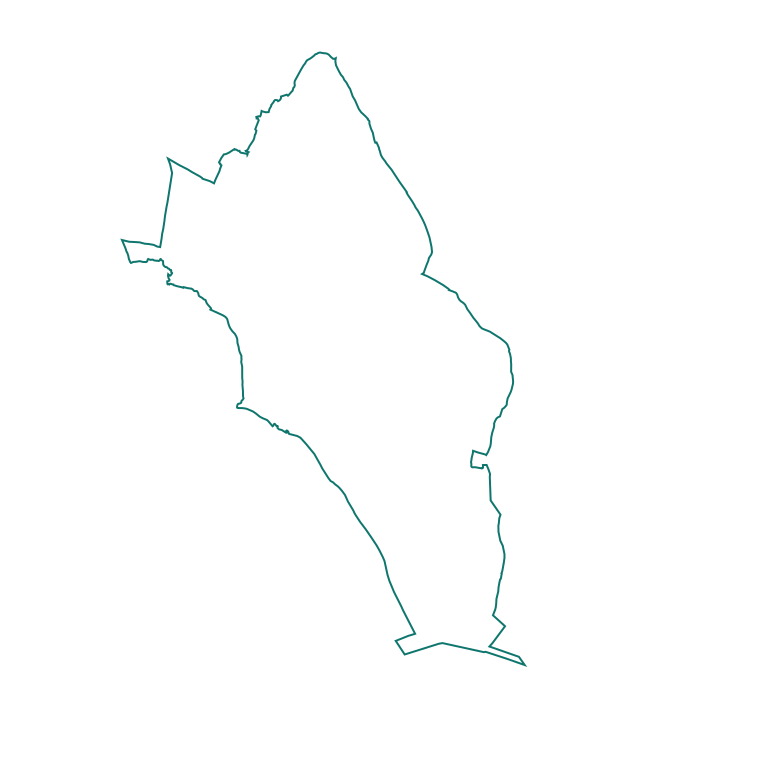 Oarta De Jos, Maramures, Romania, rotated 56°
{"feature_id": "2599482B78193097020496", "entity_name": "Oarta De Jos", "entity_type": "district", "adm_level": 2, "iso_a3": "ROU", "parent_name": "Romania", "parent_adm1": "Maramures", "projection": "robinson", "projection_center": [23.086, 47.461], "detail": "fine", "context": "isolated", "style": "outline", "palette": "teal", "viewbox_px": 768, "rotation_deg": 56, "n_neighbors": 0, "source": "geoboundaries", "source_scale": "gbopen_adm2", "svg_char_len": 6062}
<svg xmlns="http://www.w3.org/2000/svg" viewBox="0 0 768 768"><g transform="rotate(56 384 384)"><path d="M364.9,494.5L369.7,492.4L369.8,491.9L368.2,491.2L368.2,490.6L368.6,490.3L369.8,490.0L370.8,490.2L371.6,490.7L372.3,490.6L378.6,485.0L381.9,483.3L390.4,482.1L403.0,480.9L415.6,481.9L419.6,482.4L431.2,482.7L434.6,482.5L437.1,481.2L440.0,480.6L443.1,479.5L445.0,479.1L448.9,478.6L454.2,478.4L461.2,479.6L472.0,480.2L473.9,480.6L476.8,480.8L485.2,480.9L494.2,480.4L505.0,480.3L514.1,480.4L520.0,480.9L527.0,481.8L531.1,482.6L544.2,487.8L550.2,489.6L562.0,492.0L578.6,494.1L581.8,494.7L608.5,497.9L606.4,504.7L603.5,517.9L619.8,518.1L630.0,483.8L631.5,480.4L661.7,451.6L662.3,451.0L662.6,449.9L663.0,449.4L680.5,435.8L695.7,424.5L685.6,424.7L660.6,443.4L659.4,438.8L652.5,419.1L636.7,423.0L633.1,417.8L631.5,416.1L629.2,414.1L625.0,410.9L619.8,405.2L616.8,402.9L613.3,399.5L610.9,397.0L610.8,396.0L606.9,392.3L606.6,392.4L606.5,392.2L605.1,390.4L600.4,385.8L600.1,385.7L599.5,384.9L595.7,381.5L592.5,379.3L584.5,376.0L578.9,375.2L570.5,371.7L565.4,368.4L563.7,366.7L559.8,363.5L557.5,360.5L540.2,360.7L520.1,348.2L517.9,346.4L513.0,345.1L508.5,344.2L506.5,347.3L508.5,348.5L508.9,349.1L508.8,349.8L508.4,349.7L507.7,351.1L503.9,355.0L502.5,357.3L502.1,357.6L501.2,357.7L499.0,356.2L497.7,355.7L494.2,352.5L490.8,348.8L489.2,347.5L493.2,344.5L499.1,339.4L500.1,339.0L498.5,335.7L495.0,330.6L492.9,328.6L488.2,324.9L484.9,321.5L481.4,317.1L479.7,315.6L478.5,315.0L477.9,314.2L476.8,312.6L475.5,310.0L475.3,308.5L475.7,306.0L471.0,300.0L470.9,297.3L470.1,294.4L469.8,293.9L467.6,292.1L465.1,289.6L461.8,283.9L460.4,281.9L456.0,277.0L453.9,275.4L448.3,272.4L445.0,271.8L438.6,267.4L436.0,266.0L433.6,264.4L429.3,262.6L427.1,262.2L426.0,261.4L425.7,260.9L420.2,259.7L418.1,259.9L416.1,260.4L411.3,261.9L399.7,267.0L393.9,271.0L392.7,271.7L390.8,272.2L389.4,272.4L385.8,272.3L379.0,272.9L372.9,272.9L368.8,273.1L363.7,272.4L361.4,272.8L358.4,274.0L356.3,274.4L353.7,274.2L350.8,273.3L349.0,273.3L348.3,273.5L345.6,275.3L342.6,277.5L342.5,277.1L341.0,277.4L335.2,279.6L326.5,283.7L319.2,287.6L314.1,290.9L314.1,288.8L313.0,287.5L308.8,281.7L306.8,278.6L304.7,276.3L303.1,272.4L301.5,270.4L296.8,267.9L288.1,264.4L282.8,262.9L275.6,261.1L271.8,260.4L268.2,259.9L259.3,259.0L255.3,259.1L252.4,258.7L248.2,258.5L240.8,258.5L238.3,258.3L237.8,258.2L237.7,257.8L225.1,258.1L210.7,257.9L202.5,258.6L200.2,258.5L195.7,258.8L192.4,258.5L188.3,257.1L186.8,256.8L185.7,256.2L183.2,255.7L179.6,255.1L179.5,255.8L179.1,256.3L178.0,256.1L175.3,255.2L169.5,252.8L165.0,252.0L160.0,250.5L158.2,249.3L157.5,249.1L155.8,249.5L155.5,249.5L155.2,249.1L151.5,249.7L146.0,251.0L141.9,251.1L132.8,249.4L128.0,249.1L120.4,247.1L117.8,247.1L113.3,246.6L109.5,246.9L106.8,246.4L103.5,246.8L99.7,246.5L93.2,245.6L91.4,244.9L89.0,243.7L86.9,241.8L86.7,243.3L86.0,244.3L83.3,245.1L80.1,245.6L78.6,246.3L77.3,247.4L75.8,249.3L73.4,251.7L72.8,253.3L72.7,255.1L72.3,256.6L72.7,258.6L72.9,261.3L72.9,263.7L72.6,266.4L73.0,268.1L74.1,270.1L74.8,272.4L76.6,276.3L82.9,288.5L84.4,289.9L86.5,290.9L87.7,292.5L87.8,293.5L89.8,295.9L89.9,296.8L91.2,301.6L91.3,302.4L89.8,302.8L88.1,308.6L89.2,309.4L89.8,310.2L90.1,310.9L90.4,311.9L90.3,313.7L89.1,313.8L88.6,314.2L87.7,315.4L87.7,315.9L87.8,316.5L88.7,318.3L89.2,320.1L89.7,321.1L89.7,321.6L90.6,322.3L92.0,325.2L94.1,327.6L92.6,330.1L90.1,332.3L89.2,332.8L92.0,335.6L92.9,337.0L92.0,338.1L91.2,340.5L92.6,341.1L93.0,340.1L95.3,340.4L100.8,348.3L102.6,348.1L104.9,350.7L105.1,351.5L107.8,354.3L109.0,356.2L111.5,362.3L113.4,365.7L113.7,366.8L113.4,368.3L113.8,368.3L116.0,366.7L116.1,367.6L117.5,368.9L117.6,369.1L117.0,368.8L116.2,369.3L112.1,373.4L111.3,373.7L109.9,373.4L109.2,374.5L107.0,375.5L106.6,375.8L106.4,376.6L105.6,376.7L105.5,383.5L104.9,386.7L104.1,388.4L105.7,392.5L107.9,396.7L108.3,396.9L109.8,396.5L110.3,397.0L111.8,396.5L114.1,399.8L115.4,401.2L120.5,409.7L122.6,412.7L118.5,414.9L112.3,419.7L111.5,419.6L109.1,420.5L100.7,424.8L96.4,426.7L88.5,431.1L76.3,437.0L82.3,438.5L90.6,441.7L112.7,462.3L115.3,465.0L122.8,472.1L126.1,474.9L132.3,480.6L135.5,484.0L139.1,487.1L145.3,493.0L143.2,495.2L139.9,497.1L136.2,501.0L133.9,503.9L130.0,507.3L126.5,511.8L123.6,515.7L118.1,520.7L127.2,522.5L130.5,523.5L131.4,523.4L134.7,524.3L137.5,525.5L140.9,526.2L142.1,526.1L142.3,525.5L142.6,523.6L143.8,521.6L145.5,517.9L148.0,515.6L149.9,513.0L149.9,511.8L148.7,510.2L148.5,509.6L150.4,508.3L151.6,506.1L152.8,505.6L154.7,503.6L154.8,503.1L155.9,502.2L156.2,501.2L155.4,499.5L155.6,499.2L156.6,499.4L158.1,498.6L158.6,498.5L161.4,500.2L162.8,500.4L164.8,499.8L165.6,498.8L167.3,498.5L168.2,497.8L169.6,497.7L170.3,496.9L170.9,496.9L172.1,497.8L173.5,497.6L173.8,497.9L174.1,499.0L174.6,500.0L174.6,500.7L174.4,501.0L172.3,501.5L173.5,502.6L176.1,503.5L177.7,503.5L178.2,504.1L178.2,504.8L177.7,506.3L179.7,507.5L180.4,507.6L180.7,507.3L180.8,506.5L181.5,506.2L181.3,505.3L181.5,504.9L182.9,503.9L183.7,503.0L184.0,503.2L184.4,503.1L187.4,500.7L190.3,497.9L191.6,496.9L192.0,496.5L191.6,496.0L191.9,495.7L194.8,493.1L197.2,490.4L198.5,489.7L200.8,489.3L201.3,488.8L202.2,487.2L203.3,487.1L204.8,487.2L206.8,488.0L207.6,488.1L209.0,487.6L210.8,486.6L212.9,486.1L214.1,485.3L214.8,485.0L217.3,485.7L219.7,485.7L224.2,485.1L225.0,485.3L225.3,486.3L236.7,479.3L239.3,478.1L241.0,477.7L242.6,477.7L248.1,479.6L250.9,480.2L252.7,480.3L255.6,480.2L258.9,479.6L261.8,479.8L264.6,480.5L268.2,482.6L272.0,483.8L274.2,484.9L276.4,485.7L281.0,486.5L282.8,487.8L283.6,488.1L286.0,490.1L290.2,491.8L299.6,498.1L303.1,500.0L305.3,501.7L311.5,505.2L315.1,507.6L317.5,508.6L318.2,510.4L318.2,511.3L318.7,512.0L319.5,512.6L319.7,513.1L319.5,514.7L319.0,515.7L319.0,516.7L320.3,518.2L321.4,519.0L321.9,518.8L322.8,517.8L324.6,515.1L326.7,512.7L328.2,511.4L333.5,508.0L336.8,506.7L341.5,505.3L344.4,503.8L348.3,501.2L350.2,500.7L356.7,500.0L356.7,499.3L355.8,497.6L355.7,497.2L355.9,496.9L357.0,496.7L358.7,496.6L359.2,495.8L359.6,495.7L360.0,496.0L360.3,496.5L360.9,496.8L362.5,496.5L363.1,496.2L364.9,494.5Z" fill="none" stroke="#0f766e" stroke-width="2"/></g></svg>